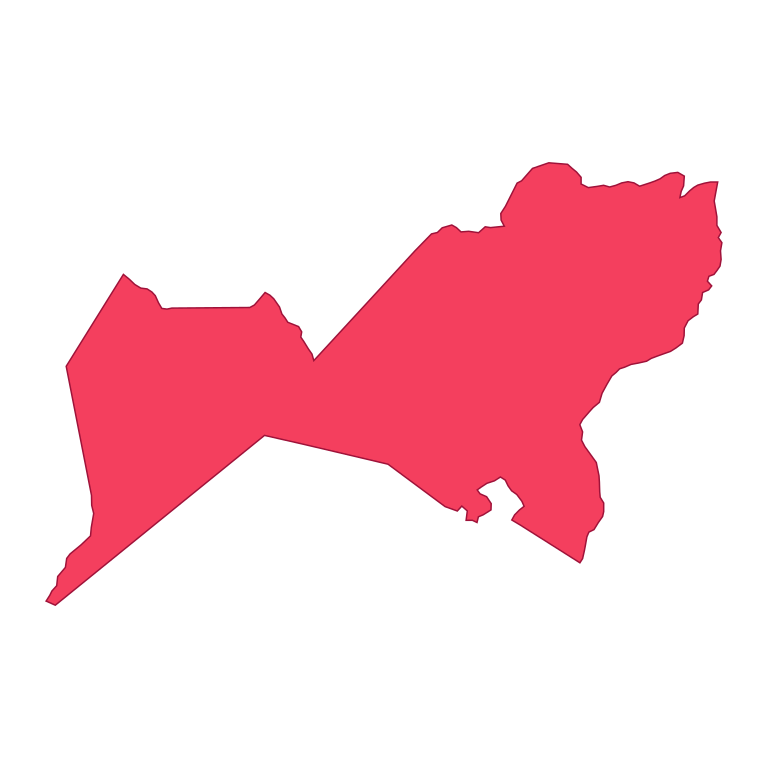 Guaraciaba do Norte, Ceará, Brazil (Robinson projection)
{"feature_id": "56859067B84728913810343", "entity_name": "Guaraciaba do Norte", "entity_type": "district", "adm_level": 2, "iso_a3": "BRA", "parent_name": "Brazil", "parent_adm1": "Ceará", "projection": "robinson", "projection_center": [-40.863, -4.244], "detail": "fine", "context": "isolated", "style": "filled", "palette": "rose", "viewbox_px": 768, "rotation_deg": 0, "n_neighbors": 0, "source": "geoboundaries", "source_scale": "gbopen_adm2", "svg_char_len": 2431}
<svg xmlns="http://www.w3.org/2000/svg" viewBox="0 0 768 768"><path d="M91.3,527.4L90.5,535.9L80.9,545.0L70.1,553.9L66.7,558.4L65.4,567.4L57.7,576.5L56.7,585.7L51.9,591.0L49.8,595.3L46.1,601.1L55.3,605.2L264.5,435.4L303.2,444.2L310.0,445.8L388.0,464.2L445.1,506.6L457.3,511.0L461.8,506.1L467.3,510.9L466.1,520.3L472.4,520.3L477.0,522.5L478.4,516.8L483.2,514.8L491.0,509.9L491.2,503.6L486.6,496.7L480.0,493.8L477.2,489.9L481.1,487.1L486.9,483.3L494.5,480.8L500.4,477.0L505.3,480.1L508.1,485.9L511.6,490.8L516.8,494.5L521.9,501.3L524.1,506.3L519.5,509.9L514.6,514.9L511.8,520.0L520.2,525.0L579.9,562.8L582.6,558.6L584.4,550.6L585.4,545.3L586.9,536.8L588.9,532.1L594.0,529.6L598.3,522.6L602.6,516.5L603.7,511.6L603.7,503.0L600.2,497.3L599.7,491.8L599.4,482.0L599.0,475.7L597.3,467.5L596.3,462.5L584.9,446.7L581.5,440.1L582.6,431.9L579.8,424.7L582.6,419.5L589.2,411.9L593.2,407.5L599.4,402.3L602.1,393.2L607.0,384.2L611.8,376.0L616.1,372.4L619.6,368.8L624.6,367.2L631.1,364.4L638.6,363.0L646.6,361.2L651.2,358.4L657.0,356.2L663.4,353.9L670.5,351.4L675.9,348.0L682.4,343.1L684.1,335.7L684.3,328.0L688.1,320.7L693.5,316.6L697.8,314.0L698.3,304.0L701.4,299.9L702.6,292.5L708.6,289.9L711.7,285.9L707.4,281.2L708.9,276.3L714.0,274.4L717.2,270.2L720.0,266.1L721.1,259.5L720.5,250.8L721.9,242.7L718.3,237.6L721.1,232.5L716.9,225.4L716.9,216.8L715.4,207.9L714.2,201.0L717.7,182.0L710.6,182.0L704.4,183.2L697.8,185.1L693.7,187.5L689.6,190.9L684.7,195.8L679.9,197.6L681.2,191.4L683.6,185.9L684.3,176.1L677.8,172.4L670.2,173.3L664.7,175.5L660.1,178.8L655.1,181.0L649.8,182.9L639.6,186.2L634.0,182.9L628.0,181.7L621.7,182.9L615.9,185.3L609.6,187.0L603.6,185.3L597.1,186.4L588.3,187.6L581.1,184.0L581.1,177.3L576.5,172.0L571.9,168.2L567.6,164.3L548.8,162.8L532.5,168.4L521.6,180.8L517.1,183.1L505.5,206.2L500.8,213.5L501.1,220.1L504.3,226.2L490.5,227.6L485.2,226.8L478.6,232.7L468.7,231.3L461.0,231.9L456.4,227.6L451.8,225.0L442.2,227.8L437.4,232.5L431.5,233.9L414.9,250.9L368.7,301.1L318.9,355.1L313.8,360.6L312.0,354.1L308.3,348.8L304.0,341.8L300.8,337.1L301.7,331.9L298.6,326.6L287.8,322.3L285.0,317.9L281.9,314.0L279.5,307.0L273.7,298.7L269.9,295.2L265.1,292.5L260.2,298.3L254.4,305.0L249.8,307.5L171.8,308.1L167.0,309.1L161.8,308.4L158.5,302.8L155.3,295.7L151.9,292.0L147.1,288.9L140.8,288.1L134.8,284.5L129.5,279.4L123.4,274.4L66.2,366.3L91.5,495.4L91.7,505.3L93.7,513.5L91.3,527.4Z" fill="#f43f5e" stroke="#9f1239" stroke-width="1.5"/></svg>